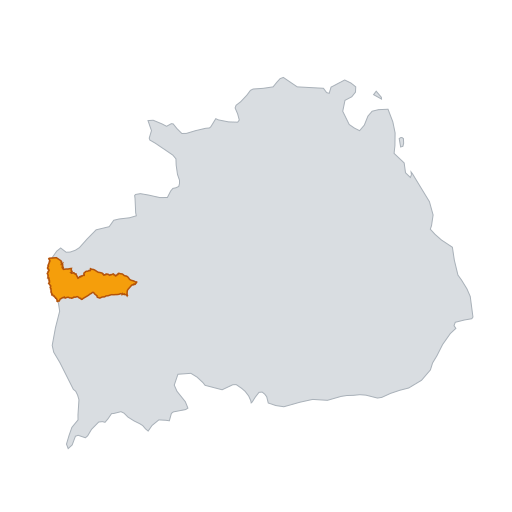 Pech Chreada, Môndól Kiri, Cambodia (highlighted), rotated 175°
{"feature_id": "14789045B57856207537526", "entity_name": "Pech Chreada", "entity_type": "district", "adm_level": 2, "iso_a3": "KHM", "parent_name": "Cambodia", "parent_adm1": "Môndól Kiri", "projection": "mercator", "projection_center": [107.158, 12.644], "detail": "fine", "context": "in_parent", "style": "filled", "palette": "amber", "viewbox_px": 512, "rotation_deg": 175, "n_neighbors": 0, "source": "geoboundaries", "source_scale": "gbopen_adm2", "svg_char_len": 8421}
<svg xmlns="http://www.w3.org/2000/svg" viewBox="0 0 512 512"><g transform="rotate(175 256 256)"><path d="M459.9,80.5L461.2,85.1L457.8,93.7L454.3,101.4L447.6,108.2L447.2,113.2L444.9,128.2L445.8,132.9L447.4,137.0L449.6,139.1L455.4,153.7L460.7,167.0L465.9,177.8L466.8,184.7L462.0,202.1L456.4,218.1L456.9,226.1L459.3,234.0L461.9,244.7L462.8,258.2L461.4,267.1L458.9,272.5L454.1,278.2L449.9,281.0L444.8,276.3L440.8,276.1L435.4,277.5L431.2,279.7L422.5,287.9L413.0,296.0L399.7,298.0L394.6,304.0L389.1,304.8L378.6,305.1L371.7,306.5L372.1,309.5L371.5,323.6L371.6,326.9L370.6,327.8L365.8,328.2L357.8,326.1L346.9,322.6L339.2,322.0L335.3,328.2L332.9,330.6L330.0,330.9L326.9,332.0L325.9,334.8L325.6,338.2L327.1,344.1L327.6,353.4L327.3,359.8L330.1,363.8L346.7,377.3L351.6,380.7L352.1,382.7L349.2,390.0L351.8,400.3L346.6,400.2L338.0,395.7L333.8,393.0L328.8,395.2L327.0,394.8L323.6,389.7L319.2,384.5L314.6,384.2L305.0,386.2L295.1,387.6L291.3,387.6L289.8,388.6L284.1,396.3L281.7,394.9L271.7,392.0L262.6,390.9L260.8,392.9L261.9,399.2L263.9,405.3L262.7,407.9L257.7,411.1L251.1,417.0L247.1,421.5L244.3,422.6L234.2,422.4L224.2,423.0L220.2,427.2L216.5,430.6L213.2,431.5L200.2,420.9L174.2,417.2L171.4,412.6L168.9,411.7L166.5,417.7L152.3,423.6L146.3,420.0L141.9,415.8L142.6,410.6L146.7,406.3L153.8,403.3L157.0,392.6L151.7,378.9L146.9,374.9L141.9,371.8L136.7,376.9L132.3,385.6L127.7,390.1L121.2,391.1L111.7,390.7L108.0,377.7L106.7,366.5L108.0,353.8L109.5,346.2L100.3,335.8L99.8,325.9L95.4,320.8L94.1,323.3L94.2,326.2L92.9,324.1L78.5,295.0L76.0,281.4L78.5,271.0L80.0,267.5L75.8,262.0L69.9,255.8L59.6,247.6L58.8,234.6L56.5,219.4L53.4,214.2L48.7,204.8L46.1,197.0L45.2,176.3L46.5,174.7L53.9,174.1L63.3,172.6L64.8,169.3L63.2,166.5L69.2,161.8L77.8,151.6L84.5,140.8L89.4,134.1L92.2,127.3L101.9,117.8L115.4,111.2L124.5,109.7L134.0,107.4L143.0,104.2L147.4,103.9L158.6,107.8L164.7,108.8L171.1,108.7L177.8,109.1L183.6,108.7L197.4,106.0L212.1,108.2L225.1,106.5L241.4,103.4L249.3,105.3L256.6,108.5L257.6,114.8L259.3,117.6L261.7,119.9L264.9,119.9L269.0,115.5L272.5,110.9L273.6,110.1L273.8,112.3L275.5,117.2L278.6,122.1L281.7,125.3L286.9,129.6L290.3,129.8L301.4,125.7L318.0,131.6L319.9,134.5L325.3,140.5L331.1,144.8L344.1,145.0L348.7,134.5L346.5,128.1L339.1,117.0L337.1,110.4L339.4,109.2L351.9,107.9L354.0,106.6L356.7,99.4L360.1,100.2L367.1,101.2L374.4,96.2L378.7,91.0L381.1,93.4L383.7,97.0L386.5,99.1L391.8,102.3L397.6,106.7L401.2,111.0L404.1,112.7L411.6,111.5L413.6,111.6L417.9,106.4L420.9,103.5L423.5,104.4L427.2,104.3L435.0,97.6L439.4,91.5L441.8,89.8L448.8,92.9L451.6,92.2L455.6,83.8L459.9,80.5ZM103.1,360.5L101.6,361.3L100.3,361.3L98.9,360.1L99.1,355.4L100.1,352.5L102.4,352.0L103.1,360.5ZM124.8,406.5L121.9,409.7L117.3,403.2L117.3,401.4L124.8,406.5Z" fill="#d9dde1" stroke="#a8b0b8" stroke-width="1"/><path d="M377.1,240.4L377.4,240.6L377.5,240.5L378.0,240.4L378.2,240.6L378.9,241.1L379.2,241.4L379.7,241.5L380.2,241.9L382.2,242.6L383.1,243.1L383.9,243.7L385.3,246.0L386.0,246.7L386.8,247.3L387.1,247.2L387.3,247.3L387.6,247.5L389.0,248.0L390.2,249.3L390.9,249.8L392.5,250.1L394.0,250.7L394.6,250.7L395.0,250.3L394.9,249.9L395.0,249.7L395.3,249.6L395.7,249.8L396.3,249.3L396.5,248.8L396.9,248.6L397.5,248.5L397.8,248.4L398.2,249.4L398.7,249.4L399.1,249.5L399.2,250.0L399.5,250.5L399.7,250.4L400.2,250.5L401.9,249.9L402.3,249.9L402.6,250.1L402.9,250.0L403.0,249.7L403.5,249.5L405.0,250.8L405.6,250.9L406.0,250.7L406.1,251.0L406.9,251.2L407.1,251.1L407.2,250.9L407.7,250.4L407.9,250.4L408.0,250.5L408.4,250.5L408.6,250.5L408.9,250.1L409.2,250.1L409.3,250.2L409.3,250.4L409.4,250.5L409.6,250.8L409.7,251.1L409.9,251.2L410.2,251.4L410.1,251.8L410.3,251.9L410.8,252.4L413.3,253.3L414.2,253.4L414.8,253.7L415.9,254.5L417.4,255.7L418.6,256.5L419.3,256.8L420.8,257.1L422.0,257.8L422.2,257.2L422.1,256.5L422.3,256.0L422.4,255.9L422.9,255.8L423.7,256.1L423.9,255.9L424.9,255.5L426.0,255.6L426.5,255.5L427.2,255.3L427.7,254.6L428.5,254.4L429.0,253.5L428.9,253.1L429.0,252.7L428.7,252.4L428.8,251.7L429.2,251.8L429.7,251.8L430.1,251.6L431.0,251.1L431.3,251.1L431.6,251.4L431.8,251.4L432.1,251.1L432.3,250.5L432.5,250.4L432.6,250.5L433.1,250.9L433.4,250.8L434.4,249.8L434.8,249.5L435.3,249.4L435.5,250.4L435.9,250.8L436.0,251.5L436.4,251.8L436.4,252.2L436.6,252.8L437.0,253.4L436.9,253.6L437.3,253.6L437.3,253.8L437.5,254.0L438.2,254.1L438.5,254.4L438.7,254.5L438.7,255.1L438.8,255.2L439.5,255.2L440.1,255.0L440.8,255.2L441.0,255.1L440.9,255.0L441.0,254.9L441.4,254.9L441.5,255.2L441.4,255.3L441.6,255.5L441.3,255.5L441.2,256.0L441.1,256.3L440.8,256.5L441.0,256.7L440.9,256.8L441.1,256.9L441.0,257.2L441.2,257.5L441.1,257.8L441.3,257.9L441.2,258.5L441.3,259.1L441.0,259.7L442.0,259.7L444.5,259.4L446.3,259.6L448.8,259.4L449.1,259.6L449.0,260.0L449.3,260.1L449.6,260.6L449.3,260.8L449.3,261.1L449.0,261.4L449.1,261.7L449.5,261.7L449.3,261.9L449.7,262.3L449.6,262.6L449.8,262.6L449.8,262.9L449.9,263.0L449.8,263.3L449.8,263.5L449.5,263.8L449.8,264.2L449.6,264.4L449.8,264.5L449.6,264.6L449.7,264.9L449.5,265.3L449.7,265.2L450.0,265.3L450.1,265.5L450.1,265.4L450.3,265.3L450.2,265.5L450.3,265.8L450.1,265.7L450.2,266.1L450.3,266.2L450.2,267.4L450.5,267.8L450.8,268.0L450.8,268.3L455.0,271.7L462.0,271.8L462.5,271.6L462.7,271.3L462.4,270.8L462.2,270.6L462.2,270.4L462.0,270.2L462.0,269.9L461.8,269.7L462.0,269.5L462.0,269.3L461.9,269.2L461.9,268.4L462.2,268.1L462.4,268.1L462.4,267.9L462.5,267.9L462.7,267.4L462.7,266.9L463.2,266.3L463.2,266.0L463.4,265.7L463.5,265.7L463.8,265.2L463.6,265.0L463.7,264.5L463.9,264.4L463.6,263.9L463.9,263.4L464.4,263.2L464.5,262.9L464.5,262.6L464.7,262.3L464.6,262.2L464.7,261.9L464.6,261.7L464.2,261.5L463.9,261.2L464.0,260.9L463.9,260.9L463.9,260.6L463.4,260.1L463.4,259.7L463.6,259.3L463.7,259.2L463.8,259.1L464.1,259.0L464.5,258.7L464.4,258.2L464.6,258.0L464.6,257.7L464.9,257.5L465.0,257.3L465.4,257.0L465.5,256.7L465.3,256.3L465.2,256.3L465.2,256.1L465.0,255.9L464.7,254.9L464.8,254.5L465.0,254.4L464.9,254.0L465.0,253.7L465.1,253.4L465.1,253.1L465.0,252.8L465.0,252.6L464.8,252.5L465.1,252.3L464.9,252.2L465.0,252.0L464.8,251.7L464.6,251.7L464.7,251.4L464.2,251.2L464.3,250.7L464.1,250.4L464.1,250.0L463.9,249.8L463.9,249.3L464.1,249.3L464.3,249.2L464.0,248.9L463.9,248.7L464.1,248.3L464.0,247.8L464.2,247.7L464.5,247.5L464.5,247.0L464.9,246.8L464.8,246.6L464.6,246.6L464.6,246.4L464.4,246.1L464.2,245.7L463.9,245.1L463.7,244.9L463.4,244.8L463.3,244.6L463.2,244.5L463.1,243.8L463.3,243.7L463.7,242.9L463.8,242.5L463.5,242.2L463.4,242.0L463.5,241.3L463.1,241.3L463.1,240.1L463.1,239.4L463.3,239.1L463.1,238.7L463.1,238.4L463.1,238.1L463.4,238.0L463.4,237.9L462.9,236.6L462.7,236.6L462.5,235.9L462.7,235.5L462.4,235.4L462.5,235.1L462.0,235.2L461.7,234.6L461.7,234.3L461.6,234.1L461.0,233.7L460.5,233.7L460.4,233.0L460.1,232.6L459.3,232.2L459.4,231.7L459.3,231.3L458.8,231.1L458.3,230.6L458.1,229.4L457.8,229.3L457.7,229.1L457.7,228.9L458.1,228.6L458.1,228.3L457.9,228.3L457.7,228.0L457.4,228.0L457.0,228.3L455.9,228.3L455.0,230.0L454.4,230.4L453.9,230.5L453.5,230.7L453.2,230.8L453.1,231.0L452.7,231.2L452.2,231.4L451.8,231.2L451.5,231.5L450.4,231.8L450.1,231.0L450.0,230.8L449.8,230.8L449.5,230.7L448.3,231.2L447.1,231.3L446.3,231.2L446.0,230.9L445.3,230.5L443.7,230.3L443.5,230.0L442.2,230.2L442.0,230.5L441.6,230.5L441.2,230.7L440.9,231.0L440.6,230.9L440.0,230.7L438.8,230.8L438.3,231.1L437.5,231.1L437.0,230.8L435.6,229.5L434.3,229.1L433.9,228.1L433.7,228.0L433.1,228.0L432.8,228.1L432.1,228.7L429.2,230.1L428.1,230.6L426.1,231.6L425.0,232.4L423.3,233.1L422.2,233.9L421.8,234.0L421.3,233.9L420.9,233.7L420.1,232.3L417.8,230.1L417.9,229.3L417.6,228.7L415.2,227.7L413.0,228.5L411.9,228.6L411.2,228.5L410.8,228.6L410.3,228.5L409.8,228.8L408.9,229.3L406.8,229.3L403.4,230.1L401.0,229.8L399.0,229.8L398.2,229.7L396.9,229.7L395.7,229.8L394.7,230.2L394.0,230.3L393.8,230.3L393.6,230.0L393.1,229.9L392.8,229.6L392.6,229.8L392.6,229.5L392.3,229.8L392.0,229.6L391.7,229.7L391.4,229.5L391.0,229.6L391.1,229.3L390.9,229.2L390.8,229.4L390.6,229.4L390.3,229.4L390.2,229.3L390.1,229.1L389.7,228.9L389.4,228.9L388.9,228.8L388.7,228.9L388.5,228.7L388.0,227.8L387.9,227.6L387.8,227.8L387.5,227.9L387.7,228.6L387.7,229.9L387.4,231.9L387.1,233.0L386.4,233.9L383.2,237.0L382.0,238.0L381.6,238.1L381.2,237.9L381.1,238.1L380.5,238.1L380.3,238.2L380.3,238.4L380.0,238.3L379.9,238.5L379.6,238.4L379.6,238.7L379.2,238.7L378.9,238.6L378.9,238.8L378.5,238.9L378.5,239.0L377.6,239.6L377.1,240.4Z" fill="#f59e0b" stroke="#b45309" stroke-width="1.5"/></g></svg>